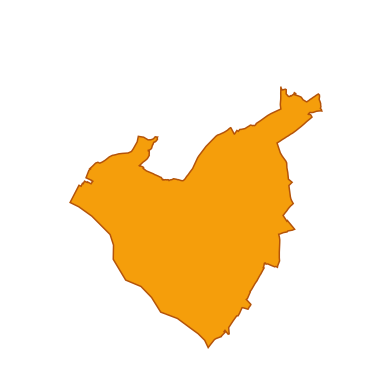 the district of Babeni, Vâlcea, Romania, rotated 112°
{"feature_id": "2599482B7467620418684", "entity_name": "Babeni", "entity_type": "district", "adm_level": 2, "iso_a3": "ROU", "parent_name": "Romania", "parent_adm1": "Vâlcea", "projection": "robinson", "projection_center": [24.207, 44.956], "detail": "fine", "context": "isolated", "style": "filled", "palette": "amber", "viewbox_px": 384, "rotation_deg": 112, "n_neighbors": 0, "source": "geoboundaries", "source_scale": "gbopen_adm2", "svg_char_len": 5706}
<svg xmlns="http://www.w3.org/2000/svg" viewBox="0 0 384 384"><g transform="rotate(112 192 192)"><path d="M228.1,299.3L247.4,301.1L248.1,291.5L251.9,275.8L262.1,252.0L270.6,244.9L283.9,239.8L298.5,220.5L298.7,203.9L304.9,190.0L315.1,176.0L314.7,158.1L318.8,142.4L321.1,133.2L324.7,124.7L330.2,118.7L326.5,117.7L320.7,116.0L320.3,115.8L319.4,115.2L318.8,114.7L315.1,110.7L314.9,110.9L310.0,108.9L309.4,110.0L307.9,109.6L310.3,105.2L309.6,104.4L304.0,107.2L299.0,106.2L296.0,105.6L290.2,104.2L289.5,102.9L286.6,102.5L283.4,102.4L280.5,102.2L280.2,101.5L279.9,98.3L279.7,96.2L279.4,96.0L278.5,96.0L277.8,96.0L275.3,95.3L274.2,95.3L272.2,99.4L271.3,101.4L270.0,100.7L262.9,100.5L262.8,100.8L262.4,101.0L262.2,100.8L261.8,100.7L261.3,100.5L260.8,100.4L259.8,100.2L253.4,99.3L251.6,98.9L251.1,98.8L250.0,98.5L248.7,98.4L243.6,97.8L242.3,97.5L237.5,97.0L235.5,96.7L235.5,97.6L234.6,97.6L233.6,97.7L231.0,98.2L230.7,98.0L230.4,97.6L230.4,97.3L231.1,97.2L231.1,96.6L230.9,95.9L230.3,94.8L230.4,91.4L230.4,87.3L229.6,86.3L229.8,84.6L228.3,84.9L223.1,85.0L220.3,86.4L215.1,88.5L206.4,91.6L203.5,92.7L201.2,94.0L198.7,95.8L198.2,95.0L195.4,92.0L193.4,88.9L192.1,88.4L189.9,84.8L188.1,82.9L182.7,92.9L183.5,93.1L181.7,95.8L179.6,98.8L178.8,98.5L176.3,97.8L174.1,97.1L171.4,96.5L169.8,96.0L167.9,95.3L166.8,94.7L164.8,93.8L162.8,96.3L161.3,97.8L159.4,99.1L149.7,104.6L145.5,102.8L144.0,107.4L138.1,110.5L134.0,113.1L129.6,115.1L128.1,116.7L126.5,119.3L124.8,122.0L122.6,124.8L114.7,131.5L111.8,129.4L110.1,128.3L106.1,125.4L105.6,125.2L104.1,123.9L103.2,123.4L102.7,122.9L101.8,122.5L99.9,120.9L97.5,119.4L96.0,118.5L93.1,116.9L90.3,115.3L86.8,113.5L83.6,112.0L80.5,110.3L78.6,109.3L77.6,108.8L76.1,110.7L75.9,111.1L75.9,111.4L76.3,112.5L76.4,112.9L76.4,113.3L75.7,113.3L75.4,113.2L75.0,112.8L74.8,112.7L74.3,112.6L74.0,112.4L73.9,112.1L73.8,111.4L73.4,110.6L73.1,109.9L72.6,109.2L71.1,107.5L70.5,106.8L70.1,106.1L69.4,104.8L68.8,103.6L68.5,102.9L68.3,102.0L67.1,102.9L66.4,104.3L64.7,104.4L64.3,104.6L63.4,105.2L61.9,105.8L61.0,106.5L60.4,107.0L58.8,108.5L58.2,108.9L57.3,109.1L56.5,109.3L56.0,109.4L55.5,109.6L54.8,110.0L54.4,110.1L54.2,110.6L53.8,111.6L55.7,113.0L57.5,114.1L58.7,115.0L61.1,116.5L61.3,116.7L61.6,117.0L62.8,117.6L64.6,118.8L65.4,119.3L65.5,119.5L65.4,120.6L65.2,121.5L65.1,122.1L65.1,122.5L64.9,123.6L64.7,123.9L64.6,124.0L64.2,124.7L63.9,125.1L63.2,126.2L63.1,127.2L63.1,128.1L63.1,129.6L63.2,130.9L63.4,132.9L63.4,133.0L62.5,132.7L62.3,132.6L62.1,132.5L61.8,132.8L61.8,133.4L61.6,134.3L62.7,134.3L63.2,134.3L64.3,135.1L65.5,135.8L66.0,136.2L65.8,136.6L67.1,137.5L67.2,138.6L66.7,139.4L66.0,141.0L65.7,141.5L65.2,141.7L64.8,141.8L64.0,142.1L63.5,142.3L62.1,142.9L61.8,143.0L61.8,143.3L61.7,143.8L61.8,144.1L62.3,144.8L62.7,145.3L63.6,146.6L63.3,147.0L62.7,147.8L62.4,148.1L62.0,148.5L61.8,148.6L61.0,149.2L61.6,148.9L62.0,148.7L63.3,148.2L64.1,147.9L65.0,147.5L66.5,147.0L68.0,146.4L69.1,145.9L72.7,144.5L77.5,143.0L78.8,142.4L81.8,140.7L83.8,142.6L89.7,148.1L92.9,150.6L100.2,155.2L103.1,157.2L104.4,158.1L105.6,158.1L106.6,158.6L106.8,158.7L107.0,158.9L107.1,159.0L107.1,159.5L107.3,159.8L107.4,160.2L107.5,160.4L107.7,160.6L107.8,160.7L107.9,160.9L107.8,161.2L107.8,161.5L108.0,162.5L108.1,162.9L109.2,163.6L111.6,165.4L113.0,166.4L113.3,166.6L114.5,168.3L114.8,168.8L115.4,169.6L116.1,171.1L118.4,171.8L118.1,173.4L122.3,174.3L122.2,175.1L121.9,175.3L120.9,176.4L118.1,179.8L117.9,180.0L117.9,180.3L118.0,180.4L119.4,181.3L120.9,182.0L121.5,182.3L121.9,182.6L123.3,183.6L124.5,184.5L125.2,185.1L125.9,185.8L126.4,186.2L126.7,186.6L127.9,187.6L129.8,189.8L130.3,190.0L131.7,190.9L132.1,191.0L144.5,196.1L156.0,199.2L158.2,199.6L170.0,200.2L170.8,200.4L174.5,201.4L177.2,202.0L179.6,202.8L182.2,203.3L182.8,203.5L183.7,203.9L184.0,204.0L184.8,204.5L185.2,205.3L185.4,206.1L185.5,206.8L185.5,207.4L185.7,209.5L185.9,209.9L186.0,210.1L186.0,211.0L186.3,212.5L186.6,214.0L186.8,214.3L187.4,214.6L187.5,214.7L187.7,215.0L188.1,215.3L188.6,216.2L189.0,216.8L189.4,217.2L189.6,217.4L190.0,217.6L189.6,218.3L189.5,218.6L189.6,218.9L189.6,219.0L190.0,219.5L190.2,219.8L190.3,220.7L190.4,221.0L190.7,221.5L191.1,222.1L191.4,222.6L191.5,223.0L191.1,222.9L191.1,223.0L191.2,223.4L191.6,223.7L191.7,223.8L191.7,224.0L191.6,224.3L191.4,224.4L191.0,224.6L190.8,224.9L190.5,225.3L190.3,225.7L190.0,226.3L190.1,226.6L190.1,227.2L189.9,229.2L189.9,230.2L189.8,232.0L189.9,232.8L189.6,234.7L189.5,242.3L189.3,242.9L188.9,244.4L188.7,244.9L188.7,245.4L188.4,245.8L188.3,246.1L187.8,245.9L187.6,246.0L187.4,246.1L187.3,246.3L187.1,248.1L187.1,248.4L187.2,249.4L187.3,249.9L187.5,250.0L187.5,250.5L187.4,250.8L185.2,249.7L182.7,248.6L180.1,247.0L177.8,245.9L174.4,245.4L173.9,245.4L173.4,245.7L172.6,246.1L172.1,246.1L170.1,247.0L169.8,247.2L169.8,247.4L169.9,247.5L170.3,247.6L170.3,247.9L169.7,248.2L169.3,247.6L168.3,246.6L167.9,246.4L167.3,246.1L166.9,245.9L166.1,245.9L164.5,246.1L163.3,246.2L163.0,246.2L162.8,246.2L162.7,246.0L161.9,246.0L161.1,246.1L160.3,246.0L159.7,245.7L159.7,245.3L159.6,245.2L159.2,244.9L158.6,244.5L157.6,244.2L156.3,243.8L156.1,243.8L155.9,243.8L155.1,244.4L154.9,244.6L154.5,244.6L154.0,244.5L154.5,246.3L154.6,246.8L154.9,246.9L155.4,247.0L157.0,247.7L157.7,248.2L157.9,248.4L158.7,249.4L159.1,249.9L160.1,252.2L159.4,256.8L159.3,257.3L160.5,262.6L166.0,261.6L173.8,262.6L177.1,263.3L179.8,265.9L182.3,271.0L184.1,274.3L186.2,277.0L187.9,279.6L190.4,281.8L194.9,284.3L197.7,286.3L199.8,288.3L199.7,290.4L201.3,292.2L205.1,293.8L208.7,295.5L208.8,294.8L210.5,295.7L218.5,295.6L218.7,292.0L218.8,289.5L219.2,289.5L219.2,288.0L222.2,288.7L221.8,292.7L222.4,292.8L222.2,295.7L225.1,296.0L225.0,296.8L228.2,297.0L228.1,299.3Z" fill="#f59e0b" stroke="#b45309" stroke-width="1.5"/></g></svg>